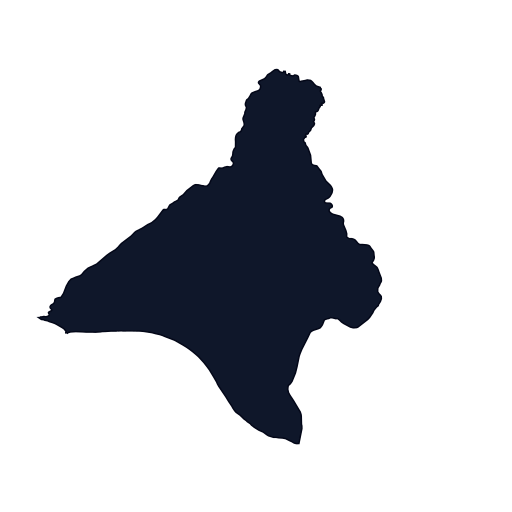 Hatu-Udo, Ainaro, East Timor (orthographic projection), rotated 35°
{"feature_id": "22284137B3809405900530", "entity_name": "Hatu-Udo", "entity_type": "district", "adm_level": 2, "iso_a3": "TLS", "parent_name": "East Timor", "parent_adm1": "Ainaro", "projection": "orthographic", "projection_center": [125.605, -9.116], "detail": "fine", "context": "isolated", "style": "filled", "palette": "ink", "viewbox_px": 512, "rotation_deg": 35, "n_neighbors": 0, "source": "geoboundaries", "source_scale": "gbopen_adm2", "svg_char_len": 6096}
<svg xmlns="http://www.w3.org/2000/svg" viewBox="0 0 512 512"><g transform="rotate(35 256 256)"><path d="M137.3,331.4L134.6,337.6L133.4,341.1L130.1,354.1L125.4,362.3L124.2,367.1L123.9,371.3L123.1,373.3L120.5,376.7L119.1,379.1L117.8,381.0L117.4,384.4L117.9,389.4L119.8,397.0L120.0,401.7L118.1,403.5L117.1,404.8L116.2,406.5L116.4,407.3L117.4,409.3L117.5,410.5L117.2,411.9L116.5,413.2L116.2,414.4L116.5,415.9L117.6,416.7L119.3,417.0L119.8,417.4L119.8,418.0L118.4,420.9L118.5,421.5L119.1,421.9L119.8,422.2L120.4,422.8L120.5,423.4L120.3,424.3L119.3,425.7L118.4,426.6L117.5,426.9L116.7,427.4L115.8,428.5L114.5,429.5L114.2,430.4L113.3,431.1L116.5,431.1L117.2,430.8L118.2,430.1L119.8,429.8L122.5,428.6L124.3,428.3L127.3,427.3L130.0,426.6L132.5,426.3L138.5,425.8L140.6,425.8L143.7,426.7L144.0,427.8L144.3,428.1L144.6,427.9L144.9,427.3L145.8,427.4L145.9,426.8L147.3,424.9L148.2,424.1L151.7,421.3L157.4,417.6L160.7,415.6L165.8,412.0L168.0,410.6L172.0,407.4L173.3,406.1L175.6,404.4L180.2,400.7L184.7,397.5L185.3,396.9L186.5,396.1L188.5,394.5L190.1,393.6L196.1,389.3L204.0,384.0L207.5,382.0L214.8,378.4L218.2,377.2L222.3,375.5L225.3,374.6L227.0,374.3L237.4,371.7L246.6,370.8L251.4,370.5L255.2,370.5L259.6,370.7L266.5,371.4L274.2,373.1L278.8,374.5L283.0,375.9L289.6,378.8L296.1,381.8L297.8,382.9L300.3,384.1L311.8,388.5L317.3,390.9L322.3,392.8L324.5,393.9L327.4,395.0L329.5,395.5L334.2,395.5L339.7,396.4L342.3,396.4L343.9,396.7L347.5,396.6L349.3,397.1L351.9,397.2L352.6,397.3L358.3,397.0L362.8,396.1L367.5,396.2L369.3,396.1L374.3,394.5L376.5,393.0L378.8,391.9L382.1,389.9L385.0,388.6L389.8,387.9L391.8,387.5L394.6,387.3L396.7,386.5L398.7,385.0L392.6,371.1L391.0,368.9L389.7,367.7L385.0,361.3L383.8,360.0L381.7,358.4L369.7,353.0L363.6,350.6L361.0,349.3L358.5,347.0L357.3,344.9L356.9,343.9L356.7,343.1L357.2,342.2L357.4,340.6L357.4,338.0L355.4,329.2L353.1,323.2L348.8,313.3L348.0,310.5L347.0,306.0L345.2,293.3L344.2,287.4L344.7,285.7L345.6,283.9L348.7,279.8L349.8,277.9L349.9,275.0L349.7,273.6L348.6,269.0L350.2,266.7L351.4,265.5L351.9,264.6L352.6,263.6L354.5,262.6L357.3,261.6L358.6,260.5L359.7,260.4L361.7,260.6L363.8,261.0L366.4,261.0L374.0,260.1L376.7,259.1L377.7,258.4L379.5,256.9L380.2,255.9L383.9,243.9L384.3,241.2L384.2,235.4L383.9,234.1L383.7,232.5L384.0,228.6L384.6,226.6L384.1,225.3L384.0,222.0L383.2,219.1L381.8,217.3L380.5,216.8L378.7,216.5L376.5,215.7L375.9,215.1L374.4,212.8L374.1,212.0L373.9,209.0L373.4,207.2L373.3,205.4L373.0,204.4L371.3,202.3L365.8,198.6L364.2,197.4L362.4,196.3L361.5,195.9L357.0,195.6L355.0,195.2L354.8,194.4L354.7,192.0L354.0,189.8L353.3,188.8L352.4,187.9L350.8,186.0L350.1,185.2L348.8,184.6L345.6,183.6L343.7,182.8L342.8,182.7L341.6,182.9L340.4,183.4L336.9,185.4L334.6,187.0L333.7,187.2L332.3,187.2L328.3,186.1L327.3,186.1L325.8,186.4L324.5,186.9L322.3,188.4L320.0,188.5L319.4,188.3L318.8,187.7L317.6,185.8L315.0,183.6L309.9,180.4L309.1,179.7L308.4,178.7L308.0,177.6L307.4,176.7L306.5,175.8L305.5,175.3L304.5,175.0L301.9,175.2L295.3,177.6L293.5,177.9L291.8,177.7L290.7,177.5L289.9,176.9L289.4,176.2L289.2,175.3L289.2,174.6L289.6,173.6L290.2,172.7L290.2,171.9L289.7,171.1L288.8,170.5L287.7,170.2L286.6,170.2L285.5,170.8L284.6,171.5L282.6,172.6L281.8,172.8L281.1,172.3L280.5,171.6L280.3,170.7L280.4,169.9L281.9,167.1L282.2,166.0L282.4,164.8L282.1,161.3L281.8,160.1L280.8,158.0L280.0,157.2L278.5,156.3L276.5,155.5L270.3,154.5L263.3,151.3L260.8,149.4L259.7,149.0L258.4,148.7L254.1,147.3L251.5,148.5L250.3,148.8L249.5,148.9L248.9,148.7L247.8,148.0L242.9,142.2L236.6,137.8L235.7,137.4L233.4,136.8L231.3,135.1L229.7,135.0L229.3,134.7L227.8,133.0L228.0,132.2L227.8,130.3L228.4,130.4L228.7,129.9L228.5,129.3L227.9,128.8L227.2,128.5L227.1,127.2L227.7,127.0L228.3,126.6L228.5,125.8L228.1,124.5L228.6,121.8L227.9,119.3L228.5,116.0L228.1,114.2L227.6,113.7L226.0,113.0L226.0,111.8L225.7,110.8L225.2,110.3L224.0,109.6L223.8,107.3L223.5,106.1L223.3,105.6L222.8,105.0L222.1,103.9L223.2,102.4L223.4,101.4L222.7,98.2L222.9,96.8L222.1,95.8L223.6,94.6L223.0,93.7L222.1,93.3L222.7,92.6L223.6,92.1L223.8,91.1L223.7,90.4L220.8,88.1L220.2,87.4L218.7,87.2L217.4,85.8L215.7,84.8L214.3,84.3L213.9,83.8L214.1,82.9L213.9,82.3L213.5,81.7L212.7,81.7L211.9,81.0L207.9,82.2L205.4,81.9L202.9,81.2L201.1,80.9L199.9,80.9L197.0,82.4L195.7,84.0L192.6,87.1L192.2,87.8L191.6,88.0L190.9,87.9L189.7,86.8L187.9,84.9L187.4,84.6L186.2,84.6L184.9,85.0L183.8,85.6L183.3,86.9L182.8,87.5L182.0,87.7L181.1,88.3L179.8,88.3L179.1,87.5L178.2,88.0L178.4,88.7L178.0,89.8L176.9,90.0L176.0,89.9L174.0,88.0L172.8,88.8L173.1,89.4L173.0,90.0L172.0,90.8L169.7,91.5L167.3,90.9L166.5,91.1L165.7,91.6L164.7,92.6L163.6,95.6L163.2,97.2L161.7,100.6L161.6,101.3L161.7,103.5L161.4,105.5L160.9,106.6L158.4,110.8L158.3,111.7L158.4,112.3L159.0,112.9L161.7,113.6L162.5,114.4L162.9,115.1L163.5,116.6L163.4,118.3L162.8,119.6L161.1,121.8L159.2,124.8L159.0,126.0L159.3,127.9L159.5,131.4L158.9,133.2L158.9,133.9L159.8,137.0L160.4,138.0L161.0,138.6L162.6,139.5L163.1,140.0L163.9,142.0L164.4,144.6L165.0,145.3L165.3,146.1L166.2,150.1L166.5,150.8L167.1,151.6L169.8,153.7L170.7,154.7L171.3,155.6L171.5,156.3L171.4,160.0L171.9,161.1L172.1,162.1L171.7,163.7L170.9,164.7L170.4,167.5L170.7,169.1L171.3,170.6L172.3,172.3L173.8,174.2L176.8,178.6L176.9,179.4L176.7,180.5L177.1,182.7L177.5,184.0L178.3,185.3L179.4,187.5L179.6,190.0L179.9,190.9L181.0,191.7L183.1,192.1L184.0,192.5L184.4,193.0L184.7,193.9L184.9,194.7L184.9,195.5L184.6,196.8L184.1,197.6L183.5,198.1L181.7,199.0L181.0,199.4L179.2,201.5L178.5,202.8L177.2,204.0L175.5,204.9L175.0,205.3L174.9,206.3L174.9,209.6L175.5,216.4L175.5,218.3L175.9,221.0L176.3,222.5L176.3,224.3L175.9,226.5L175.0,227.5L173.8,228.3L172.4,228.8L171.0,229.6L168.3,230.6L166.1,231.9L165.3,232.5L164.3,234.3L161.9,242.0L161.3,247.5L159.8,251.4L159.7,252.7L160.0,254.1L160.0,255.1L158.8,257.6L158.2,258.5L157.5,260.7L156.2,263.4L156.2,264.5L156.7,268.3L155.5,269.8L154.7,270.1L153.7,270.9L153.5,271.7L153.2,280.7L152.8,283.9L151.5,288.5L150.3,290.7L149.4,292.2L146.8,298.6L143.6,304.6L143.1,306.3L142.7,309.1L142.3,311.4L138.6,322.9L138.2,325.6L138.1,327.5L137.3,331.4Z" fill="#0f172a" stroke="#020617" stroke-width="1.5"/></g></svg>